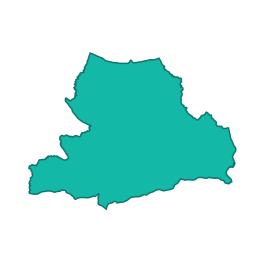 outline of Na Yung, Udon Thani, Thailand, rotated 264°
{"feature_id": "78962969B67652065328847", "entity_name": "Na Yung", "entity_type": "district", "adm_level": 2, "iso_a3": "THA", "parent_name": "Thailand", "parent_adm1": "Udon Thani", "projection": "natural_earth1", "projection_center": [102.174, 17.939], "detail": "fine", "context": "isolated", "style": "filled", "palette": "teal", "viewbox_px": 256, "rotation_deg": 264, "n_neighbors": 0, "source": "geoboundaries", "source_scale": "gbopen_adm2", "svg_char_len": 5715}
<svg xmlns="http://www.w3.org/2000/svg" viewBox="0 0 256 256"><g transform="rotate(264 128 128)"><path d="M206.4,98.1L199.4,95.1L198.8,94.4L196.8,94.4L196.2,93.7L195.3,93.3L194.8,92.4L194.3,92.4L193.0,91.2L192.7,91.3L192.4,91.1L191.8,91.0L191.6,91.3L190.5,90.4L190.1,90.5L189.7,89.8L189.5,90.1L188.1,89.9L187.9,89.2L188.1,88.5L187.8,88.0L187.7,86.6L187.4,86.0L185.4,85.7L185.2,85.0L185.5,84.4L184.0,83.9L183.9,83.1L183.6,83.4L183.3,83.2L182.8,83.8L182.2,83.6L182.0,83.0L182.3,82.5L182.0,82.7L182.0,82.2L181.6,81.3L180.3,81.1L179.5,80.3L178.5,81.0L177.6,79.8L177.4,80.4L176.7,79.8L176.4,80.4L175.9,80.1L175.6,80.5L174.6,79.5L174.2,79.5L173.9,78.6L173.5,78.9L173.0,78.8L172.8,79.4L172.5,79.3L172.4,78.9L172.0,79.0L171.8,79.7L171.3,80.3L170.7,80.0L169.3,80.4L168.9,79.7L168.4,80.0L167.9,79.1L167.2,79.4L167.0,79.1L166.7,79.4L166.1,79.0L165.8,79.6L165.7,79.0L165.3,78.6L165.2,78.2L165.1,78.7L164.6,78.9L164.2,78.2L163.4,78.2L162.6,76.8L162.4,75.6L160.9,73.6L161.3,73.2L161.3,72.9L161.6,72.5L162.1,72.3L162.2,71.8L162.7,71.4L162.7,70.8L163.0,70.5L163.8,70.4L164.2,69.6L164.0,69.0L162.6,68.6L161.2,68.7L158.4,70.7L155.2,72.4L152.8,74.2L150.2,74.5L142.5,79.5L138.8,83.5L134.0,91.4L133.6,91.0L133.9,90.1L133.1,89.5L132.4,89.4L132.5,89.7L132.1,89.9L131.3,89.4L130.6,89.8L130.3,89.6L130.0,89.9L129.6,89.8L128.9,88.3L129.4,87.2L128.7,86.9L128.6,85.0L128.1,85.0L127.8,84.4L128.1,82.7L127.6,81.8L127.9,81.8L127.9,81.5L127.5,81.1L126.7,81.1L126.5,80.5L126.0,80.5L124.7,79.9L124.4,79.4L124.4,78.8L125.0,77.7L125.3,76.4L125.7,76.1L125.8,75.3L125.6,74.8L125.8,74.4L125.5,73.7L124.8,73.2L125.2,71.1L125.7,70.5L125.3,70.2L125.2,69.4L126.1,68.5L126.2,67.7L126.8,67.3L127.3,65.9L127.3,65.2L126.8,64.5L126.6,63.4L127.3,62.0L127.2,61.8L127.4,60.7L126.4,60.0L126.1,59.3L125.8,59.2L125.0,59.5L123.7,58.9L123.4,59.1L123.1,59.8L121.9,60.1L120.5,59.5L120.0,59.8L119.7,59.3L118.9,59.1L118.2,59.4L117.9,59.3L117.3,60.0L116.8,59.6L116.3,60.1L115.9,60.1L114.6,60.9L114.3,61.5L113.8,61.5L113.5,61.9L112.6,62.1L110.9,63.2L109.6,63.5L108.9,64.1L108.0,64.2L107.6,64.7L105.1,65.8L104.0,65.4L102.9,63.5L102.7,62.0L103.0,60.6L106.1,56.2L106.2,55.6L106.9,55.3L106.9,54.8L107.5,54.5L107.4,53.4L108.1,51.3L107.4,50.6L107.5,49.6L108.3,49.0L108.1,46.8L108.3,45.7L107.9,45.1L107.3,45.4L107.0,43.8L106.4,43.8L106.0,42.9L105.4,42.6L105.7,41.7L105.3,40.2L105.6,39.2L105.3,38.7L105.6,37.1L105.4,36.4L102.1,34.3L100.2,32.8L100.7,31.9L100.5,31.1L100.6,30.4L101.3,29.6L101.6,28.7L100.7,28.0L100.5,26.1L99.0,25.4L98.2,25.3L97.7,25.7L97.4,27.2L95.6,27.3L93.6,28.1L91.9,27.9L90.6,28.2L89.5,27.4L88.5,25.8L86.5,25.6L85.2,24.9L84.8,24.4L83.8,24.2L83.5,23.9L82.9,24.5L82.4,24.1L81.5,24.3L80.9,25.1L80.6,24.9L80.2,23.8L79.1,24.0L78.4,23.7L77.2,23.8L76.5,24.4L75.0,23.0L73.4,23.1L72.0,27.5L71.8,30.2L71.8,31.2L73.5,35.4L73.8,41.6L73.4,44.4L71.8,48.2L72.3,51.4L72.2,53.8L73.1,55.5L72.7,58.6L72.2,59.2L70.3,60.0L70.0,60.3L68.3,63.9L66.8,64.9L65.4,66.6L63.2,67.4L62.6,68.2L63.8,71.7L63.7,75.2L62.8,80.6L62.9,82.1L63.7,85.9L63.6,88.5L65.7,91.9L65.0,92.1L62.2,91.0L59.0,91.0L56.3,90.4L55.6,90.5L54.5,91.4L53.3,94.1L49.6,97.9L52.8,99.1L54.6,100.5L55.1,102.4L55.2,104.4L56.4,106.4L56.3,107.8L56.0,108.3L54.6,109.3L54.9,112.7L54.9,115.8L56.2,119.6L58.7,123.6L58.9,128.4L58.5,130.9L58.6,131.9L58.9,133.5L60.1,136.9L59.5,138.9L59.5,139.6L61.0,142.1L62.0,146.4L63.5,150.0L63.6,151.6L63.4,153.2L61.8,156.8L62.5,164.0L62.9,165.6L63.4,166.7L63.9,167.1L64.9,167.5L66.4,168.4L68.0,171.7L70.9,174.2L71.6,175.1L71.6,175.9L70.2,179.2L70.3,182.7L69.4,187.1L69.7,189.6L71.2,191.8L71.4,193.0L71.1,196.2L69.8,200.2L69.8,201.2L70.6,202.6L69.9,204.2L70.1,205.2L69.3,207.0L68.9,209.7L68.9,211.4L68.5,213.2L66.5,215.2L65.9,217.3L65.1,218.0L63.2,218.9L62.1,221.9L62.1,222.7L62.7,223.3L63.7,225.6L66.3,225.1L70.7,221.6L71.7,221.2L73.6,220.9L74.4,221.5L75.5,221.8L76.8,223.4L77.5,223.5L78.0,224.5L78.5,224.7L78.3,225.8L78.9,226.2L79.0,226.8L78.5,226.9L78.5,227.4L78.2,227.4L77.9,228.1L79.2,229.4L79.6,229.0L80.3,229.7L80.6,229.4L80.7,230.3L81.8,230.4L81.7,229.8L82.0,230.0L82.1,229.8L82.7,230.4L83.1,230.0L84.6,230.0L88.2,228.8L89.2,229.2L91.4,230.6L94.0,232.7L95.9,233.0L97.2,232.8L99.5,231.4L104.8,229.9L106.1,229.2L117.6,227.9L117.7,227.5L117.3,224.7L117.6,222.6L118.0,222.2L119.9,221.2L120.2,218.0L120.7,216.9L122.0,216.0L124.3,216.4L125.1,216.1L126.2,215.0L129.0,212.8L129.2,212.2L132.0,212.2L132.1,211.9L132.1,210.6L133.2,210.1L133.7,209.3L134.7,208.8L135.3,208.0L135.5,207.6L135.3,207.2L133.2,205.5L132.8,203.4L132.4,202.2L130.0,200.2L128.6,197.7L130.3,195.8L130.9,195.5L131.2,194.0L131.6,193.5L133.1,193.0L135.9,189.4L138.6,188.2L139.9,187.3L141.7,188.6L142.3,188.1L142.3,187.0L143.1,186.0L144.5,185.8L145.5,184.3L146.2,183.8L147.9,183.5L149.8,183.6L150.7,184.0L152.7,183.7L155.1,185.2L155.8,185.3L156.9,185.4L158.7,184.6L159.4,185.3L159.7,186.1L160.5,186.7L162.2,186.6L163.0,185.7L163.2,184.7L164.1,184.7L164.4,185.6L166.3,184.4L166.8,184.5L167.6,184.9L168.2,186.0L171.5,186.1L172.1,185.5L172.2,183.6L172.6,183.2L173.1,183.2L173.7,182.1L173.6,180.8L174.2,179.7L173.9,179.4L173.8,178.7L174.3,178.3L174.9,178.5L175.1,177.8L176.3,177.5L176.6,177.2L176.2,176.8L176.5,176.8L176.9,176.0L177.5,175.7L177.7,175.3L178.3,175.2L178.5,174.8L179.1,174.9L180.0,173.7L180.2,173.0L181.4,172.2L181.7,171.6L182.4,171.3L182.5,170.9L182.1,170.9L182.1,170.6L182.4,170.3L183.0,170.4L183.9,169.9L184.5,170.5L185.3,170.8L185.8,170.4L186.1,169.7L188.2,168.3L191.2,167.5L194.2,166.1L193.4,163.2L193.1,160.5L193.6,156.7L193.2,155.4L192.9,151.3L192.4,147.5L192.2,140.5L192.5,139.9L195.0,138.1L195.1,137.7L192.4,135.4L192.4,133.2L193.2,126.1L194.1,123.5L194.6,120.0L196.3,115.5L196.6,114.1L197.4,112.6L199.7,110.4L200.4,109.4L202.2,105.7L205.6,100.1L206.4,98.1Z" fill="#14b8a6" stroke="#0f766e" stroke-width="1.5"/></g></svg>